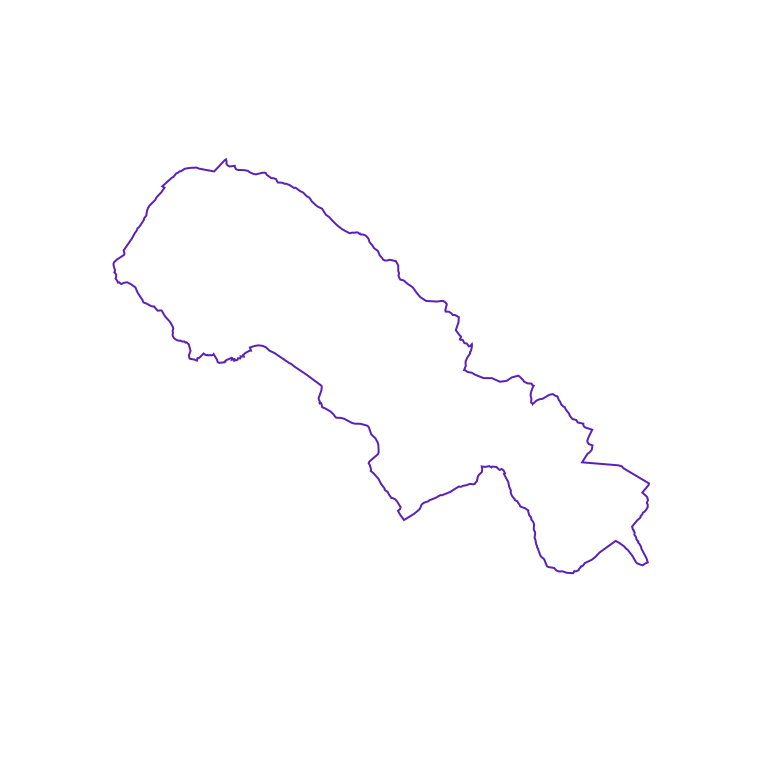 Tomsani, Vâlcea, Romania (Equal Earth projection), rotated 150°
{"feature_id": "2599482B78290821602499", "entity_name": "Tomsani", "entity_type": "district", "adm_level": 2, "iso_a3": "ROU", "parent_name": "Romania", "parent_adm1": "Vâlcea", "projection": "equal_earth", "projection_center": [24.055, 45.103], "detail": "fine", "context": "isolated", "style": "outline", "palette": "violet", "viewbox_px": 768, "rotation_deg": 150, "n_neighbors": 0, "source": "geoboundaries", "source_scale": "gbopen_adm2", "svg_char_len": 6163}
<svg xmlns="http://www.w3.org/2000/svg" viewBox="0 0 768 768"><g transform="rotate(150 384 384)"><path d="M561.8,615.4L561.4,614.7L561.3,612.6L562.3,610.8L563.8,609.5L563.4,606.7L563.7,604.9L562.6,604.6L561.6,601.9L558.4,601.6L555.6,600.5L553.4,597.2L551.0,592.1L551.7,586.1L551.2,577.6L551.5,574.9L549.5,572.4L546.5,567.6L544.1,565.9L544.3,565.2L543.3,560.6L540.3,559.3L539.8,558.3L539.8,551.6L538.4,545.8L538.2,542.1L538.4,538.8L538.8,537.3L540.5,535.7L541.2,533.9L542.6,532.1L542.9,531.0L542.9,528.5L541.8,526.1L540.3,524.3L538.6,523.3L537.4,521.6L535.7,520.6L535.1,519.0L534.1,518.8L533.3,515.8L535.0,509.4L538.7,506.3L539.6,503.7L539.3,502.7L536.0,500.0L534.3,497.8L532.6,499.6L531.1,499.1L529.7,499.3L525.0,500.6L524.3,498.9L522.8,497.3L522.3,497.4L521.3,496.3L520.1,496.0L518.9,494.9L517.4,494.7L516.6,495.1L516.5,488.4L517.1,485.9L516.1,484.7L511.5,482.6L510.5,482.6L510.5,483.1L508.8,483.5L502.8,482.9L502.5,482.3L503.7,481.1L501.0,480.5L500.9,479.9L502.1,479.5L502.2,479.1L500.8,479.0L499.6,478.2L498.7,478.3L497.6,479.3L495.7,478.0L495.3,478.2L494.4,479.7L491.7,477.8L491.4,479.6L488.0,480.2L483.9,480.0L482.5,479.4L481.9,482.6L477.2,481.7L473.5,480.3L470.1,477.8L467.9,474.9L466.6,470.2L463.4,465.7L455.6,449.5L454.2,447.6L453.0,444.2L446.4,430.8L439.1,413.9L439.4,412.4L441.6,409.6L447.7,404.4L448.3,402.9L448.3,401.1L449.3,399.9L449.3,399.3L448.4,399.5L448.0,399.0L448.2,397.6L449.1,395.1L449.0,394.6L446.9,391.9L444.0,386.8L442.9,383.0L442.7,380.3L442.2,378.7L438.6,376.4L436.0,374.0L431.0,366.0L428.5,363.8L424.4,361.4L419.8,356.8L419.0,355.5L418.8,353.9L420.2,346.7L418.6,341.5L418.7,336.3L419.4,334.0L422.1,328.7L423.1,327.2L424.5,326.2L434.8,324.3L436.2,323.7L436.9,323.0L436.8,320.6L437.1,320.1L437.3,318.6L438.2,316.1L439.0,315.3L437.8,312.4L436.2,304.6L436.5,298.7L435.7,293.3L436.3,292.1L435.4,289.7L434.7,288.9L435.0,286.3L434.6,281.6L433.7,281.0L432.1,278.9L431.4,275.9L431.2,269.1L432.5,267.7L435.3,267.2L435.4,263.2L434.7,256.2L422.8,256.5L416.4,257.6L415.0,258.2L411.7,260.8L408.6,261.2L404.5,260.3L402.9,260.6L396.3,259.6L390.7,259.6L389.5,258.7L380.8,257.4L370.7,257.8L368.7,256.5L366.0,256.2L363.3,255.1L359.6,254.6L356.5,252.3L355.4,252.1L354.1,252.9L352.2,253.3L348.9,257.0L347.0,257.9L343.4,258.8L341.7,260.8L340.6,263.7L337.7,261.5L334.0,260.3L332.7,258.1L331.5,258.4L328.1,255.9L327.2,252.5L326.6,251.7L324.7,251.6L323.6,249.4L323.9,246.1L325.1,246.2L325.4,236.9L327.0,232.4L327.4,228.2L328.5,226.9L329.0,224.3L329.0,221.6L328.4,219.0L328.7,218.1L327.1,215.5L327.3,213.5L326.9,212.0L327.2,210.2L327.0,209.5L324.0,205.9L322.2,202.4L322.8,201.8L323.9,197.6L323.4,195.9L323.7,195.3L323.5,194.1L324.2,193.0L323.7,190.2L324.2,187.4L326.6,184.0L327.2,182.4L327.2,180.3L327.8,179.0L330.4,175.7L330.9,172.9L332.3,169.2L332.5,167.1L333.1,165.9L332.9,164.2L333.5,162.4L334.4,156.9L333.9,154.6L333.0,152.7L333.0,151.5L334.0,144.6L332.5,142.7L328.7,139.7L327.9,136.1L326.1,134.1L323.0,132.5L320.1,129.1L314.6,125.5L312.7,126.8L311.4,125.8L308.6,125.4L307.3,126.4L304.7,127.1L304.7,127.5L302.5,127.2L299.7,128.5L292.1,127.9L287.5,128.5L281.5,130.3L261.8,132.3L260.0,129.3L257.3,123.5L256.7,120.4L255.8,118.3L254.8,110.7L254.9,104.2L254.5,102.1L250.8,97.7L247.3,97.9L244.8,97.6L243.8,101.9L243.4,112.9L242.8,114.2L242.7,117.5L243.2,119.5L242.4,120.5L243.0,121.8L243.0,123.3L242.3,125.1L242.5,128.4L241.2,130.0L241.3,132.2L240.9,132.4L241.1,134.0L240.4,136.5L232.9,139.3L228.7,140.1L227.8,141.3L225.5,141.9L224.1,143.2L222.5,143.1L220.8,143.6L217.4,145.3L215.9,147.7L215.9,149.6L213.3,151.6L213.1,153.3L212.6,154.1L212.7,155.1L214.6,160.8L205.4,164.2L204.2,165.4L218.7,191.2L219.3,194.1L222.0,196.6L251.6,217.1L242.7,221.8L240.6,221.9L237.0,223.1L234.1,226.6L236.7,229.6L236.8,232.0L236.2,233.3L233.4,235.7L226.5,240.3L231.4,245.6L232.1,247.8L232.0,248.5L231.2,250.0L235.5,253.8L235.5,256.7L238.3,259.4L239.0,263.8L238.5,265.5L239.3,271.1L239.1,273.8L239.8,274.5L240.8,277.6L240.3,280.5L240.6,282.8L240.0,286.6L241.2,287.7L242.8,290.8L246.2,292.0L254.0,291.9L257.2,293.1L260.3,293.4L265.3,292.2L265.2,293.1L265.9,294.3L263.6,297.8L263.1,299.9L262.4,301.3L260.9,303.3L256.6,306.9L255.3,307.6L256.1,308.8L256.0,310.6L259.3,312.7L261.5,316.0L261.6,317.8L262.9,322.8L263.6,324.1L270.1,325.8L276.2,325.4L282.5,328.0L287.6,335.1L294.8,339.3L300.4,346.4L302.3,349.8L305.5,352.5L307.0,355.5L307.7,356.0L304.0,358.9L302.9,361.5L301.7,363.0L298.9,365.1L294.3,367.3L293.5,368.7L292.8,368.8L290.7,370.7L288.4,373.5L288.0,374.6L290.2,373.8L291.7,374.2L292.1,377.8L293.6,378.8L294.0,379.6L293.8,382.9L295.8,384.1L295.8,385.0L294.2,385.9L293.6,386.6L294.1,388.2L294.9,394.7L288.7,400.1L285.8,404.5L287.8,408.0L290.0,409.5L290.2,411.3L291.7,414.2L294.4,415.9L294.1,417.2L289.7,421.7L290.1,424.2L291.3,426.5L297.2,429.1L306.0,434.9L309.1,440.9L310.1,446.3L310.8,453.5L313.7,459.4L315.1,463.8L317.6,466.2L317.7,467.9L317.2,470.7L315.5,472.6L315.2,474.7L312.7,478.9L312.4,480.1L312.3,484.5L316.9,488.7L319.6,489.4L321.6,490.6L322.6,492.3L322.7,494.2L323.4,497.5L322.7,502.1L324.7,506.7L324.8,510.3L325.6,513.8L324.8,517.8L325.6,521.6L327.6,524.1L329.6,525.3L330.0,526.1L329.8,526.5L330.3,526.7L331.1,528.6L334.6,530.1L335.6,530.9L338.5,531.8L343.0,539.2L345.3,545.0L347.1,551.5L347.9,555.7L349.7,559.6L350.0,566.9L352.6,570.5L353.4,572.3L355.2,578.1L355.3,581.4L355.8,583.6L356.9,584.8L358.3,590.2L360.3,593.2L362.4,598.1L364.1,599.1L366.3,603.5L368.7,606.5L370.0,607.1L371.5,609.2L375.3,611.7L375.0,615.3L376.3,617.0L378.8,618.9L381.0,624.0L380.9,626.1L383.5,627.7L390.1,629.6L391.9,631.1L393.1,632.7L394.3,634.3L395.4,636.8L398.6,639.4L403.3,642.3L404.6,643.7L404.8,646.3L404.2,647.6L409.0,649.6L410.1,651.5L410.4,653.4L408.9,655.8L408.5,657.6L410.6,657.3L424.8,653.0L436.5,663.0L438.2,665.2L443.9,668.1L448.8,670.0L453.4,669.8L454.8,670.4L457.2,669.9L458.6,670.3L462.9,668.6L464.6,668.7L477.2,666.0L475.9,663.8L480.9,661.4L487.4,659.5L490.1,657.8L498.3,655.6L499.3,654.8L500.0,654.7L502.6,652.5L505.7,648.7L508.9,647.4L510.0,646.1L517.4,642.4L519.7,642.0L521.5,640.5L524.6,639.1L529.6,636.0L542.6,629.9L543.5,626.8L544.5,625.8L553.2,625.3L556.9,624.4L558.4,623.1L559.4,620.2L560.1,616.8L561.8,615.4Z" fill="none" stroke="#5b21b6" stroke-width="2"/></g></svg>